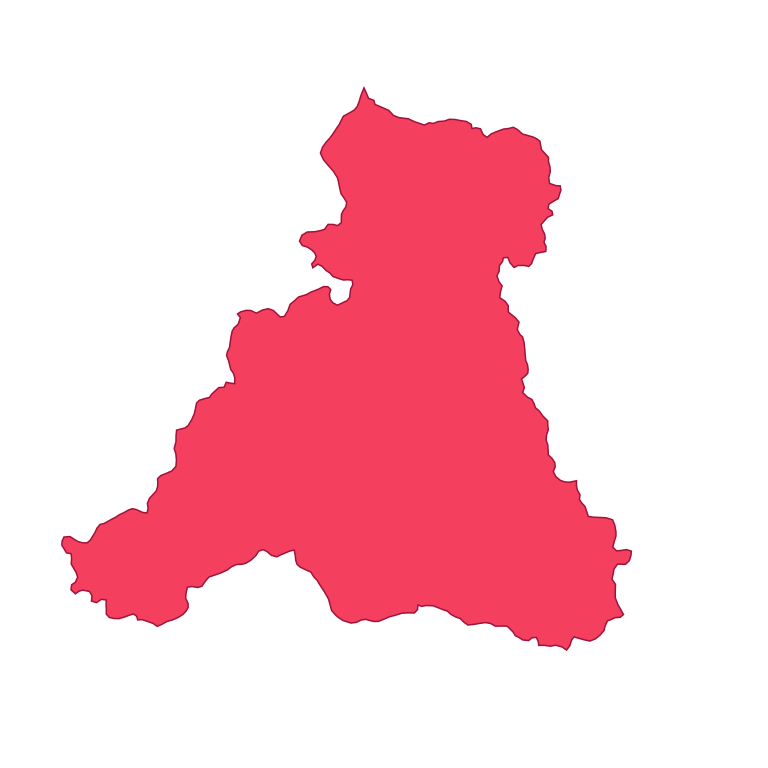 Potiraguá, Bahia, Brazil (Albers equal-area conic projection), rotated 282°
{"feature_id": "56859067B74101870716105", "entity_name": "Potiraguá", "entity_type": "district", "adm_level": 2, "iso_a3": "BRA", "parent_name": "Brazil", "parent_adm1": "Bahia", "projection": "albers", "projection_center": [-39.772, -15.676], "detail": "fine", "context": "isolated", "style": "filled", "palette": "rose", "viewbox_px": 768, "rotation_deg": 282, "n_neighbors": 0, "source": "geoboundaries", "source_scale": "gbopen_adm2", "svg_char_len": 5831}
<svg xmlns="http://www.w3.org/2000/svg" viewBox="0 0 768 768"><g transform="rotate(282 384 384)"><path d="M586.6,283.5L581.6,290.2L575.9,295.7L570.8,298.1L565.8,300.2L561.2,302.4L557.2,306.7L553.8,309.8L549.2,309.8L545.2,308.1L541.4,307.1L537.6,307.7L533.0,308.7L529.3,305.6L529.5,300.9L528.5,296.1L522.9,293.7L520.5,289.3L518.5,284.4L516.7,277.3L512.5,272.8L506.2,271.6L502.5,275.2L502.0,280.4L500.2,285.3L497.9,288.9L494.6,291.2L490.6,290.6L486.4,288.3L482.9,290.2L487.5,294.5L486.2,299.0L482.9,303.9L481.3,308.1L478.5,311.8L477.7,317.9L477.3,322.9L478.4,326.6L478.9,331.2L474.7,332.9L469.9,331.6L466.2,331.9L461.5,332.4L457.9,330.6L454.4,326.0L451.4,322.0L452.8,317.1L455.7,313.7L460.5,311.9L465.2,312.3L467.5,309.0L466.7,304.6L462.5,299.3L458.9,293.7L455.3,289.5L451.4,282.4L446.5,278.9L442.4,275.6L435.6,274.7L429.4,272.5L428.0,268.5L430.2,264.9L432.9,260.5L433.6,255.1L431.1,249.7L426.8,244.5L428.2,238.4L427.4,233.9L424.7,228.7L422.0,226.1L419.1,229.7L412.1,228.9L407.8,225.7L404.2,224.5L398.8,224.5L392.6,224.9L387.6,225.3L382.9,224.1L379.1,224.1L374.7,227.0L370.6,229.0L366.3,231.1L363.1,234.5L358.9,236.8L353.3,237.9L352.9,233.8L352.9,229.3L347.6,228.3L346.2,223.2L342.2,220.3L338.0,217.4L334.6,216.1L332.4,211.5L329.8,206.9L326.4,204.6L321.0,204.7L315.2,204.6L308.8,203.2L302.4,200.9L299.6,198.4L295.8,190.7L290.4,191.3L284.4,192.5L277.3,192.2L272.5,194.9L266.3,196.8L260.2,197.6L254.7,194.4L250.8,188.8L248.0,184.7L244.3,182.2L240.6,183.2L236.7,183.9L231.9,183.4L227.0,180.5L223.3,178.3L217.9,177.4L213.4,179.1L208.6,179.0L208.2,174.5L209.7,167.8L209.7,163.7L207.5,160.1L204.0,156.2L201.2,152.4L198.0,149.3L195.4,146.1L192.5,142.8L189.3,139.1L187.6,135.5L183.3,133.2L177.9,132.0L174.1,130.5L170.4,129.3L167.0,126.7L166.0,122.6L166.2,117.8L167.6,113.4L169.5,108.6L167.8,102.8L163.4,101.8L159.4,102.4L156.5,105.1L152.8,108.5L153.0,113.2L148.3,114.7L142.9,115.5L138.5,119.4L135.7,122.0L131.3,124.5L125.9,123.3L122.7,120.2L117.6,120.6L114.6,125.8L118.0,128.9L119.8,132.2L119.8,139.1L116.2,142.4L110.8,143.0L110.4,148.3L114.6,152.3L115.0,157.2L111.0,157.9L106.0,159.2L101.2,160.2L98.5,164.0L98.5,168.8L99.4,173.6L101.8,178.1L105.2,183.5L107.0,186.8L105.4,190.4L102.0,192.1L103.2,196.4L102.6,201.9L101.8,207.9L99.8,212.6L102.9,216.9L106.5,221.0L109.6,226.7L112.9,231.2L116.7,235.2L120.9,237.7L124.6,238.9L128.6,238.0L133.2,234.5L138.0,233.9L144.4,233.9L146.0,238.5L146.2,244.1L148.3,247.9L154.3,250.4L158.8,252.9L161.4,257.3L165.0,263.3L169.5,269.4L173.6,272.9L176.8,277.3L178.1,282.5L180.2,286.5L184.2,290.6L189.6,294.4L194.4,296.1L196.8,300.0L195.9,304.1L193.0,309.5L192.7,315.2L195.5,318.6L197.9,322.1L200.9,326.4L202.9,330.7L198.7,332.5L192.6,334.6L189.5,336.5L187.5,339.9L186.1,345.6L184.8,351.6L181.0,355.2L177.9,359.6L174.8,362.4L169.6,367.7L165.3,371.7L162.0,374.5L156.6,377.3L151.6,379.8L148.1,384.4L146.1,388.0L144.1,393.2L143.3,401.4L145.1,406.6L148.2,410.5L150.0,414.9L149.7,419.2L149.6,423.2L150.6,427.8L154.2,433.2L157.4,437.7L160.6,444.0L163.6,449.3L165.2,455.3L166.3,461.3L170.3,463.7L175.0,463.2L174.3,467.0L176.0,471.1L177.3,478.0L176.3,484.3L175.5,488.9L175.0,493.2L172.7,497.0L171.1,502.2L170.4,507.4L167.6,511.7L165.7,516.2L167.2,520.8L168.5,524.3L170.1,528.3L171.7,532.9L171.9,538.1L170.3,543.3L171.7,549.3L172.7,554.8L170.6,558.3L168.1,562.0L165.1,564.8L164.2,568.5L162.5,572.9L163.1,578.8L166.5,581.6L167.8,585.6L164.5,588.3L160.5,589.7L161.7,595.0L162.1,601.3L164.2,606.2L163.8,612.7L161.7,617.9L166.8,620.2L172.8,620.8L176.1,622.5L175.8,626.9L175.4,632.9L175.4,638.9L178.6,643.7L183.2,647.5L188.7,650.5L193.2,650.6L198.8,651.8L200.9,655.2L203.5,658.6L204.9,663.5L208.3,666.2L212.3,662.7L217.1,658.5L222.9,654.7L229.3,653.3L236.2,652.1L240.5,647.5L245.9,647.7L250.6,647.4L256.4,649.9L257.8,657.7L262.2,660.7L267.7,661.2L271.9,660.7L272.5,655.8L270.6,650.8L269.1,646.2L272.0,641.7L277.9,642.0L283.4,642.5L287.7,641.6L293.9,639.1L298.7,635.8L299.3,628.9L298.4,623.3L297.3,616.8L296.9,611.4L300.9,609.1L306.1,606.0L309.0,601.8L311.8,599.1L316.3,598.8L320.6,595.1L324.6,593.4L329.4,592.4L326.6,586.2L325.8,581.2L326.4,576.6L329.0,571.5L333.4,567.8L338.4,568.7L342.6,567.4L346.2,563.8L348.8,559.5L353.7,558.2L358.4,556.9L362.9,554.2L368.1,553.6L373.5,554.2L377.7,552.8L381.9,551.8L386.0,545.7L389.8,541.6L392.4,536.9L395.7,535.1L399.6,531.9L401.0,527.0L404.4,521.5L409.8,522.0L413.9,519.6L417.5,517.5L420.7,520.1L424.3,522.4L428.1,522.0L432.5,520.5L436.3,517.8L441.7,516.1L447.8,514.3L453.8,512.3L458.8,509.8L460.8,506.5L465.1,503.0L472.6,503.2L476.2,498.6L478.2,494.6L480.2,490.7L486.5,489.2L490.2,485.1L492.5,479.2L498.5,478.8L504.6,479.1L507.8,475.3L513.3,472.0L518.2,473.2L523.8,472.3L528.4,474.5L532.2,474.5L533.6,478.8L528.8,482.0L525.0,487.0L527.8,490.4L529.0,496.0L529.2,501.2L532.4,503.3L536.7,503.9L543.1,505.2L545.7,510.9L547.3,514.7L552.3,513.9L555.9,511.0L559.9,511.4L563.9,510.0L568.3,506.6L572.6,504.5L576.0,506.4L581.0,509.2L584.5,513.9L587.9,512.4L589.7,508.0L594.2,507.9L598.0,511.8L601.6,515.9L606.1,516.2L610.2,516.8L614.4,515.2L613.8,511.0L614.6,504.2L620.3,502.2L626.1,502.5L630.7,501.3L635.9,498.6L639.9,497.7L642.5,494.1L645.8,489.4L649.8,487.7L653.9,486.0L655.6,482.5L656.6,478.3L657.0,472.3L657.3,467.5L660.6,461.7L662.0,457.1L659.8,452.7L658.2,447.9L654.9,442.6L651.0,436.9L646.7,433.5L648.6,429.1L653.7,425.3L653.7,420.5L652.2,416.9L656.1,415.4L657.9,409.9L657.6,404.3L657.5,398.5L656.5,392.8L653.7,388.3L652.0,382.4L649.1,378.1L648.9,373.8L645.7,369.7L646.3,364.7L646.9,359.5L648.5,352.4L648.1,348.5L647.7,343.0L648.7,337.4L652.6,331.8L654.2,324.1L655.6,317.1L659.4,315.1L660.2,309.5L665.0,306.2L669.5,302.9L665.0,302.0L660.2,301.3L655.4,301.0L649.8,300.1L645.6,297.8L641.8,293.6L637.5,288.6L633.1,287.4L628.7,286.3L623.7,284.2L617.3,281.7L613.1,279.8L608.6,277.1L602.8,274.6L596.6,273.8L590.8,278.2L586.6,283.5Z" fill="#f43f5e" stroke="#9f1239" stroke-width="1.5"/></g></svg>